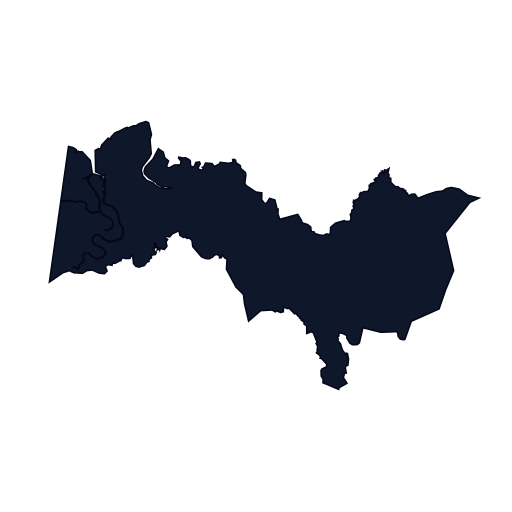 outline of Choluteca, Choluteca, Honduras, rotated 102°
{"feature_id": "27666195B45009798989727", "entity_name": "Choluteca", "entity_type": "district", "adm_level": 2, "iso_a3": "HND", "parent_name": "Honduras", "parent_adm1": "Choluteca", "projection": "robinson", "projection_center": [-87.236, 13.254], "detail": "fine", "context": "isolated", "style": "filled", "palette": "ink", "viewbox_px": 512, "rotation_deg": 102, "n_neighbors": 0, "source": "geoboundaries", "source_scale": "gbopen_adm2", "svg_char_len": 6155}
<svg xmlns="http://www.w3.org/2000/svg" viewBox="0 0 512 512"><g transform="rotate(102 256 256)"><path d="M369.3,147.3L367.7,147.5L361.6,140.5L356.7,145.3L352.3,144.9L351.7,143.3L346.5,145.5L344.9,145.0L343.8,143.4L337.8,144.0L332.4,146.2L332.2,147.4L333.7,147.1L333.6,148.1L329.6,152.2L324.4,155.0L321.6,158.5L319.8,158.3L318.6,159.9L317.0,158.3L314.0,158.9L313.7,155.5L314.9,150.6L317.3,150.2L321.7,146.2L322.8,143.3L321.7,138.7L319.5,136.8L304.0,136.5L304.7,118.1L300.8,102.7L301.3,101.7L305.2,100.2L307.3,97.7L307.3,94.0L306.5,93.0L287.6,90.5L269.7,65.9L249.4,63.4L229.2,59.6L194.6,75.7L159.2,58.0L152.9,49.8L152.5,61.7L148.3,71.0L148.3,79.1L150.3,83.7L153.7,87.2L155.7,93.2L159.9,100.7L165.8,109.6L162.4,113.4L163.2,116.8L164.8,118.2L164.7,120.2L163.2,120.8L162.7,122.6L160.8,123.2L160.5,125.8L159.8,125.8L159.8,129.7L158.7,131.2L159.1,134.4L155.9,139.4L152.0,140.3L151.7,142.3L148.5,142.9L147.8,144.2L142.7,144.1L145.1,146.4L145.0,148.1L148.0,147.3L149.1,147.9L146.3,149.6L146.7,150.5L147.3,149.4L148.4,149.8L148.3,151.5L151.8,153.0L153.9,152.6L154.9,155.1L156.9,156.3L158.5,154.1L161.4,158.8L163.3,157.6L162.6,158.8L163.2,160.0L166.5,159.2L169.5,160.0L170.8,164.4L172.8,166.2L172.3,167.0L174.9,167.7L175.9,166.8L178.6,167.9L181.4,171.3L181.2,172.1L183.8,172.0L185.5,170.6L186.8,171.5L189.3,170.0L191.1,171.7L194.6,171.6L195.6,172.5L198.6,171.1L202.2,170.9L203.5,175.2L203.0,177.0L207.3,185.1L212.4,189.0L219.5,187.9L219.7,191.6L221.8,194.2L222.2,197.6L221.8,202.8L220.2,204.5L220.7,207.0L216.2,208.5L214.5,212.1L213.8,218.1L211.9,218.7L206.6,223.8L215.1,240.4L210.2,243.3L205.4,244.1L205.7,245.1L197.2,249.2L196.8,254.7L202.2,256.7L202.7,258.6L199.8,262.1L193.0,263.4L193.4,269.4L189.1,280.3L187.3,282.0L179.0,282.7L176.5,283.7L173.5,289.2L170.8,290.1L169.0,294.7L166.4,296.1L165.9,297.3L166.5,298.9L168.6,298.1L169.6,299.0L171.0,302.2L171.8,310.6L173.3,310.7L177.1,315.3L174.7,318.2L175.5,324.7L179.7,325.7L180.5,327.0L182.0,325.2L183.2,327.1L183.2,329.6L182.0,331.0L177.4,329.7L175.7,330.9L177.0,334.3L181.4,335.1L182.0,337.1L181.2,338.8L176.7,340.0L175.6,341.4L174.5,345.5L175.4,348.1L175.2,352.0L176.4,352.1L178.9,349.0L182.6,349.0L183.9,354.7L187.9,359.3L187.8,361.1L186.4,362.1L181.2,361.3L178.8,365.7L173.6,368.3L171.3,373.8L182.6,377.0L191.9,382.7L196.0,383.2L198.6,382.3L201.9,377.3L205.1,368.9L206.5,367.6L208.0,361.7L207.0,359.1L207.1,352.7L208.2,354.3L209.0,358.3L209.3,363.9L208.1,368.6L206.0,371.6L204.7,378.7L201.1,383.5L196.0,386.0L192.1,385.7L182.0,380.8L177.7,379.7L164.3,383.8L158.8,383.5L148.0,388.7L147.3,391.6L151.0,398.1L153.4,400.2L154.1,403.0L157.4,407.7L156.9,408.6L158.0,410.5L162.4,415.9L163.6,416.3L163.1,417.3L164.9,419.6L169.8,422.6L171.7,422.3L171.4,425.1L179.3,429.9L184.1,430.6L183.6,432.3L186.1,435.3L207.0,430.4L209.2,421.8L206.7,420.4L209.1,421.3L214.0,419.1L213.1,418.0L214.5,418.9L219.1,418.6L227.2,416.5L234.8,416.3L236.2,414.3L237.3,406.6L240.1,402.5L244.5,399.2L251.8,396.2L256.7,391.5L261.4,390.5L264.9,390.7L267.5,391.8L272.4,400.3L272.5,404.5L270.9,409.4L268.3,414.0L268.6,416.5L270.0,418.4L273.3,419.7L277.0,418.5L280.4,406.5L283.6,403.2L284.9,403.0L289.1,405.9L292.1,410.5L290.7,416.2L288.1,420.4L288.9,424.2L291.8,425.3L296.0,423.2L297.7,423.4L301.6,427.1L304.3,426.2L305.2,426.8L306.6,428.6L304.4,429.7L305.3,432.8L306.4,433.1L305.4,433.3L304.1,429.7L306.4,428.6L304.8,426.8L301.5,427.3L296.8,423.5L291.7,425.6L288.5,424.2L287.9,420.2L290.6,415.5L291.7,411.0L288.9,406.3L285.0,403.5L281.1,406.3L277.2,418.7L273.2,420.2L269.5,418.6L268.0,416.3L267.8,413.5L270.6,408.7L271.9,404.6L271.7,400.2L266.6,391.9L262.8,391.0L258.3,391.6L255.7,392.9L251.9,396.9L245.1,399.5L240.7,402.6L237.9,406.9L236.6,414.8L235.1,417.0L228.7,417.2L222.0,419.6L213.5,420.5L210.3,423.3L210.1,425.0L211.9,424.1L212.7,424.3L210.1,425.4L209.4,431.7L213.8,435.8L216.0,435.9L221.1,432.5L226.0,426.3L233.4,420.5L236.7,419.1L240.5,419.4L245.0,417.4L247.7,413.2L249.1,406.8L251.7,403.6L254.2,402.2L255.9,401.9L258.2,402.4L259.7,403.5L262.0,407.0L262.3,408.3L262.2,409.6L260.7,405.1L256.7,402.3L253.3,402.8L249.8,406.0L247.9,413.2L245.1,417.8L247.7,423.5L248.1,426.0L247.9,427.4L245.2,432.5L240.9,432.1L239.2,434.5L239.2,439.6L240.8,444.1L240.4,446.8L241.4,449.9L242.6,458.3L241.0,452.9L240.1,447.2L240.3,443.4L238.8,439.1L238.7,436.4L239.0,434.4L240.3,431.9L244.9,432.3L247.7,426.8L247.0,423.0L244.4,418.0L240.5,419.9L236.0,419.7L233.3,421.3L229.2,425.0L228.7,426.6L228.6,425.5L226.1,427.3L219.5,435.1L214.2,437.5L216.2,439.2L216.5,440.0L215.8,441.5L216.0,439.2L214.2,438.6L213.9,437.5L209.1,433.3L197.0,437.9L190.1,447.9L190.9,450.9L190.4,451.5L193.0,455.0L190.8,453.0L189.4,453.8L188.0,457.3L187.8,462.2L324.5,452.7L312.4,441.2L309.2,435.5L310.3,430.7L309.0,422.1L305.4,418.2L303.8,413.1L305.4,406.0L304.9,400.6L301.7,398.5L298.0,400.9L296.5,400.5L295.3,398.7L295.0,394.8L293.0,394.9L292.5,392.3L289.3,388.5L287.8,388.0L288.6,387.2L286.2,386.7L285.4,385.5L285.7,383.1L284.6,378.8L280.7,378.1L283.3,376.1L288.9,374.2L291.1,371.4L291.2,368.1L288.4,363.1L284.9,361.7L283.5,359.5L281.6,360.0L279.7,357.9L276.9,358.4L275.6,354.9L273.5,354.2L271.3,357.4L269.9,356.7L264.6,357.7L265.1,356.2L268.0,355.4L268.5,356.2L268.5,354.0L270.9,354.0L269.1,352.4L270.5,351.4L268.5,351.3L268.7,347.0L265.0,345.1L261.0,346.9L258.1,345.9L257.5,348.2L255.6,348.4L255.2,344.3L251.9,342.6L247.3,336.6L251.6,334.8L253.0,331.0L252.2,330.0L253.1,326.7L252.2,325.2L254.1,321.9L260.0,319.8L268.2,309.1L269.0,304.5L268.5,301.2L266.1,298.2L263.8,296.9L262.6,294.5L263.2,292.1L265.5,291.3L265.0,289.7L262.1,288.9L264.4,286.2L265.2,283.7L275.1,282.2L290.6,269.1L296.3,260.3L304.9,257.4L321.3,249.7L308.5,240.0L305.5,229.0L306.7,225.5L305.4,224.7L306.2,220.2L304.9,217.7L300.2,218.4L301.0,214.4L300.2,212.8L304.6,206.2L303.9,204.8L306.1,202.4L306.2,200.9L307.5,200.7L308.7,198.3L309.4,198.3L309.4,196.2L310.1,196.6L310.2,195.6L312.7,194.8L313.8,191.9L321.3,190.3L318.6,186.0L319.2,184.0L328.0,178.2L329.0,179.1L331.8,176.8L335.0,176.8L334.9,175.7L338.2,176.8L339.8,173.2L341.6,171.8L342.7,172.1L342.7,170.5L347.4,164.1L349.9,164.2L352.7,168.0L354.5,168.6L359.9,167.3L362.6,164.7L366.1,164.2L369.3,147.3Z" fill="#0f172a" stroke="#020617" stroke-width="1.5"/></g></svg>